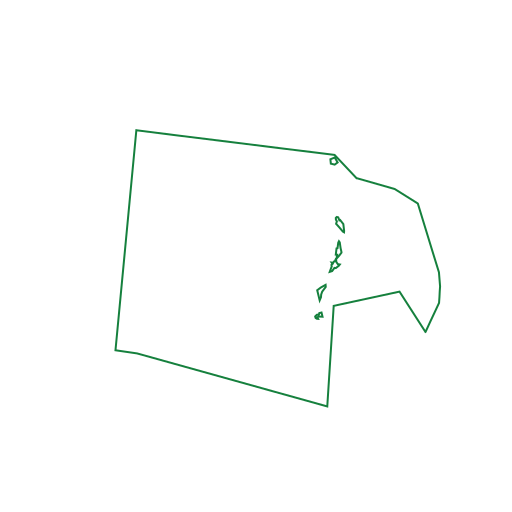 Zemam Out, Al Buhayrah, Egypt, rotated 63°
{"feature_id": "37247803B42276960376835", "entity_name": "Zemam Out", "entity_type": "district", "adm_level": 2, "iso_a3": "EGY", "parent_name": "Egypt", "parent_adm1": "Al Buhayrah", "projection": "orthographic", "projection_center": [30.378, 30.239], "detail": "fine", "context": "isolated", "style": "outline", "palette": "green", "viewbox_px": 512, "rotation_deg": 63, "n_neighbors": 0, "source": "geoboundaries", "source_scale": "gbopen_adm2", "svg_char_len": 1462}
<svg xmlns="http://www.w3.org/2000/svg" viewBox="0 0 512 512"><g transform="rotate(63 256 256)"><path d="M232.3,131.1L201.6,140.1L191.1,155.6L172.7,182.9L144.6,224.4L113.1,271.0L90.2,304.7L89.6,305.5L276.2,424.0L288.8,406.2L383.9,302.7L422.4,260.8L335.7,209.4L352.9,144.3L400.6,139.5L400.6,139.4L400.3,139.0L393.2,130.0L383.8,117.9L380.9,114.2L375.9,111.2L371.0,108.4L369.5,107.5L366.7,105.8L353.6,100.4L328.8,96.1L282.8,88.0L282.5,88.1L259.3,102.0L232.3,131.0L232.3,131.1ZM267.2,163.7L273.7,166.1L274.8,166.8L273.7,167.5L267.8,168.9L263.7,170.0L261.8,168.2L259.9,168.3L258.3,167.6L257.9,166.3L258.9,165.2L262.1,165.5L262.1,164.7L267.2,163.7ZM293.4,181.6L294.9,185.5L291.7,183.1L291.0,184.3L285.8,180.8L286.0,179.8L281.5,176.7L280.5,175.4L281.9,175.2L287.5,177.1L291.1,178.0L291.8,178.3L293.4,181.6ZM322.2,216.8L324.4,219.4L314.3,217.0L313.5,212.5L313.3,207.1L315.2,207.9L317.8,213.2L319.9,215.4L322.2,216.8ZM302.3,186.7L303.0,190.4L302.2,191.5L304.0,195.0L303.6,197.5L299.6,193.2L298.7,193.0L298.1,192.7L297.8,191.4L296.2,191.6L297.1,190.3L296.3,189.2L296.5,188.2L294.5,185.7L297.3,187.0L298.5,187.1L299.3,186.9L300.4,186.8L301.6,185.2L302.3,186.7ZM210.3,144.4L207.7,147.4L203.6,145.8L203.9,142.3L203.9,141.5L204.7,141.1L209.7,140.8L210.3,144.4ZM338.3,227.8L338.5,229.2L340.2,229.2L339.5,230.3L338.3,231.0L337.6,230.9L336.7,230.7L336.0,228.4L336.7,226.5L335.6,225.5L336.1,223.3L340.3,224.3L338.3,227.8Z" fill="none" stroke="#15803d" stroke-width="2"/></g></svg>